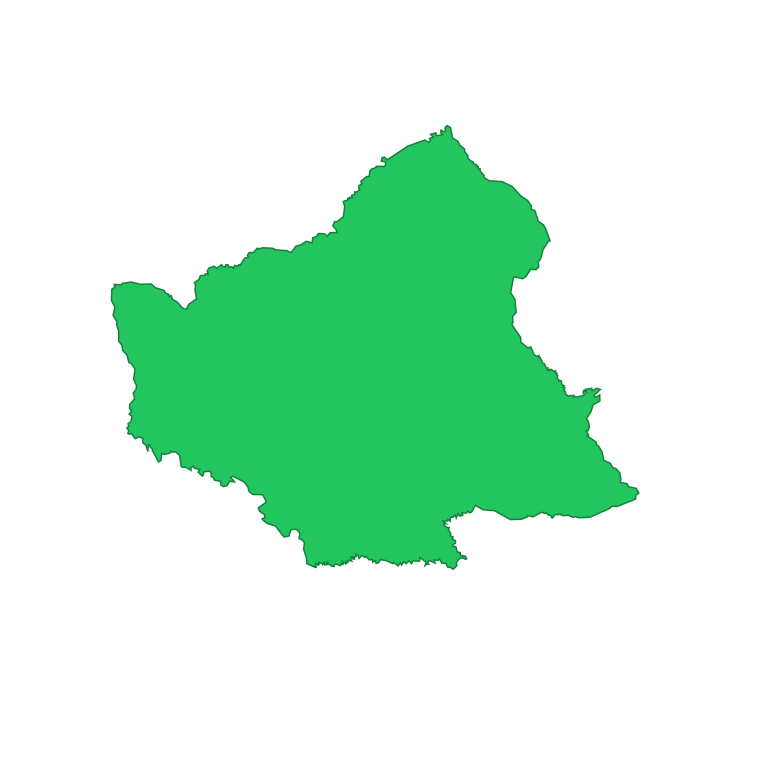 the district of Sumedang, Jawa Barat, Indonesia, rotated 140°
{"feature_id": "22746128B19624873108228", "entity_name": "Sumedang", "entity_type": "district", "adm_level": 2, "iso_a3": "IDN", "parent_name": "Indonesia", "parent_adm1": "Jawa Barat", "projection": "robinson", "projection_center": [107.99, -6.81], "detail": "fine", "context": "isolated", "style": "filled", "palette": "green", "viewbox_px": 768, "rotation_deg": 140, "n_neighbors": 0, "source": "geoboundaries", "source_scale": "gbopen_adm2", "svg_char_len": 6171}
<svg xmlns="http://www.w3.org/2000/svg" viewBox="0 0 768 768"><g transform="rotate(140 384 384)"><path d="M321.5,538.0L321.4,533.1L322.7,530.4L328.3,534.6L332.3,533.6L333.2,537.4L337.4,541.4L340.6,540.4L344.6,541.8L348.4,538.3L351.9,543.4L358.3,544.0L362.8,546.2L370.8,544.4L372.8,548.7L380.4,556.0L382.1,559.6L389.5,566.4L393.5,568.2L393.8,569.5L399.6,568.7L402.7,571.3L405.7,570.6L406.5,568.5L409.9,570.0L417.8,567.5L418.6,568.7L419.9,567.9L422.4,570.9L424.8,569.4L425.3,571.7L427.9,573.4L426.8,575.5L428.7,577.0L430.1,575.6L431.9,577.5L431.7,579.9L438.0,580.1L438.3,583.3L443.3,585.3L446.8,584.2L448.2,581.2L450.1,583.2L451.0,582.3L455.0,585.0L458.4,583.1L464.1,583.6L464.7,580.9L468.3,577.5L472.9,569.7L481.9,570.5L485.4,569.4L486.1,568.0L488.4,569.3L489.6,572.2L489.7,579.7L491.6,584.4L490.3,588.7L492.2,588.8L491.3,591.2L493.1,594.3L492.2,596.7L497.3,604.8L497.9,610.1L506.7,617.2L512.1,624.6L519.5,629.2L522.0,629.0L526.6,633.8L528.0,631.1L531.7,631.5L539.0,623.2L540.8,615.7L547.4,610.7L548.6,603.0L550.4,601.8L553.1,595.3L559.7,587.4L559.8,582.3L562.6,577.6L562.3,571.5L565.6,564.3L564.3,562.1L565.3,555.3L572.8,548.5L574.6,541.8L577.2,539.4L582.0,538.2L584.4,533.0L592.0,531.8L594.6,528.8L594.7,525.5L598.6,524.7L597.9,521.2L602.1,517.8L605.5,518.1L607.1,515.5L609.2,515.6L609.5,512.4L612.0,510.8L611.3,509.1L609.2,508.4L609.8,502.1L605.4,500.8L603.8,497.4L606.5,493.8L605.7,490.3L608.3,484.0L603.8,488.8L602.4,488.1L603.7,486.1L603.1,482.8L604.2,481.8L606.8,469.3L604.1,468.7L599.1,473.6L597.3,471.1L592.4,468.7L590.4,469.7L590.0,467.8L587.4,466.1L586.4,460.9L592.3,451.3L592.0,449.9L589.2,447.3L587.3,441.9L585.7,444.1L583.0,443.6L583.4,441.5L580.0,436.8L583.0,435.9L582.4,430.3L580.5,430.5L578.8,432.6L573.8,429.5L573.4,426.7L575.9,424.4L574.8,421.9L575.8,419.5L571.9,414.8L573.8,411.1L573.1,408.8L569.5,407.0L565.0,408.7L561.3,405.1L561.4,411.0L559.1,410.6L554.1,398.9L554.4,392.9L556.5,387.9L555.4,383.6L548.2,377.3L549.5,370.8L550.9,369.2L559.9,369.9L561.1,366.7L559.5,360.9L561.3,358.0L563.8,359.2L564.3,358.2L563.3,352.7L558.4,344.8L559.0,331.2L554.5,328.6L549.3,332.2L545.6,330.2L544.3,328.0L544.5,323.4L548.5,320.4L546.7,317.0L547.1,313.4L551.8,309.1L555.1,300.8L558.6,295.9L554.3,287.4L553.3,287.3L553.6,288.8L552.2,289.7L550.2,286.8L550.7,288.9L549.6,287.8L548.2,289.9L548.4,288.3L546.7,286.7L547.2,284.9L544.4,285.4L545.7,283.5L543.4,282.2L543.0,283.9L541.4,283.9L542.8,281.8L541.3,280.1L541.4,278.1L539.4,276.3L538.4,277.9L536.1,276.4L534.1,272.9L532.7,273.8L531.5,272.2L530.0,274.9L529.9,272.6L527.6,272.5L528.9,270.9L526.1,270.7L524.8,272.1L522.5,269.1L522.4,271.1L520.9,271.2L520.4,272.9L519.0,271.6L520.2,269.8L519.2,268.8L518.3,270.4L516.2,269.8L515.1,272.1L514.0,269.6L515.1,266.4L511.1,266.9L510.0,263.3L508.3,263.4L508.5,258.8L505.6,257.0L507.0,254.8L504.5,254.5L505.3,251.6L503.0,250.6L499.6,251.7L495.5,246.8L492.7,240.7L491.2,240.9L490.1,235.5L486.3,236.7L487.0,234.1L483.2,235.1L482.5,232.1L478.6,232.4L478.4,228.7L475.6,229.9L470.6,225.5L468.1,227.9L466.2,220.5L469.2,218.6L466.7,218.6L465.5,217.2L465.4,218.9L462.9,219.9L459.9,214.0L458.6,217.0L456.0,214.2L454.0,214.3L454.9,209.4L451.9,206.9L452.9,202.7L451.1,201.1L450.1,197.6L444.9,198.0L443.3,200.9L438.6,201.8L436.1,201.1L434.0,197.0L433.0,197.1L432.3,199.4L435.5,203.9L433.9,205.9L435.9,208.1L433.5,213.2L435.8,215.9L434.2,217.0L431.9,215.9L430.0,217.9L431.4,221.4L429.4,222.4L430.8,225.0L429.0,226.4L428.4,230.8L426.4,232.1L427.9,233.5L428.9,237.0L428.0,238.5L426.2,236.9L427.0,241.0L423.5,238.4L422.1,239.3L421.6,236.4L418.5,239.2L417.0,237.7L413.7,237.9L414.7,235.0L410.6,237.2L411.0,234.3L408.0,232.8L407.1,235.4L404.0,232.3L401.3,232.6L401.4,230.5L399.4,229.6L392.0,232.2L389.0,224.1L380.8,215.9L374.3,198.9L365.9,192.2L359.9,190.1L358.3,190.6L355.4,186.5L345.8,184.6L344.0,181.4L342.3,180.7L342.6,179.0L340.5,175.1L341.6,173.9L341.0,173.0L336.6,174.1L334.5,171.7L333.3,172.2L331.6,168.2L327.1,164.8L324.9,160.4L322.9,159.7L321.0,156.6L316.2,152.7L311.4,149.4L291.4,143.7L288.0,143.8L283.9,140.2L265.2,134.2L262.6,136.8L258.9,136.6L257.9,142.1L262.7,148.0L261.9,151.5L266.3,156.8L263.5,159.1L260.5,164.5L260.8,170.6L262.7,172.8L261.6,177.7L264.7,184.4L260.5,192.1L259.6,198.2L260.3,201.1L258.8,202.8L261.6,213.6L260.1,213.4L259.4,218.2L257.7,217.0L254.4,218.9L251.5,223.9L251.2,227.3L243.2,229.8L237.1,233.6L229.5,232.3L225.8,236.9L230.6,237.8L230.7,240.2L221.7,240.7L223.9,244.0L228.8,245.0L227.6,247.2L233.1,250.3L234.2,247.8L234.7,250.6L236.8,249.8L237.5,246.9L240.1,247.7L245.8,250.8L245.9,253.3L247.4,252.9L247.4,254.7L250.8,256.1L251.2,259.9L249.9,261.7L250.7,262.8L247.9,264.9L248.8,266.4L247.1,266.7L248.1,269.2L246.1,272.7L248.4,273.9L247.3,274.9L247.8,277.0L245.4,279.0L245.9,280.1L244.5,281.2L246.0,282.4L244.1,283.6L245.9,284.7L246.3,287.5L248.0,288.8L248.7,287.7L250.0,289.6L248.1,290.9L249.3,292.0L248.1,296.6L249.0,298.0L247.3,304.0L248.4,304.7L247.0,306.2L249.4,307.3L250.3,309.7L247.7,318.0L250.7,319.3L252.2,328.1L249.4,331.9L247.9,347.2L245.4,348.4L242.3,353.0L236.7,353.9L229.4,364.6L228.2,372.6L216.6,382.2L215.1,382.1L210.1,375.5L205.9,375.1L198.0,377.7L194.1,373.9L190.1,374.2L187.7,378.2L183.6,379.2L175.5,384.9L166.4,387.6L164.7,386.9L160.6,398.5L159.6,403.3L161.2,409.4L157.0,419.9L159.0,423.1L156.6,425.9L156.0,432.4L158.2,439.4L158.9,453.1L163.7,463.4L172.9,472.2L174.6,477.9L173.2,479.6L173.6,484.9L172.1,487.0L173.4,488.1L172.2,489.9L173.1,490.4L172.0,491.8L173.7,495.0L172.8,496.8L174.1,498.7L174.4,503.3L173.0,504.7L172.8,509.9L171.3,512.5L172.4,518.6L171.4,522.4L173.3,528.4L168.2,537.8L169.7,541.5L172.8,540.9L174.2,538.0L176.1,538.8L177.1,541.8L178.9,540.4L178.9,537.4L184.4,540.4L182.8,543.0L187.8,545.3L187.6,541.5L191.5,542.8L191.9,540.5L194.6,540.5L195.8,544.6L213.2,551.0L237.5,553.6L237.8,557.4L239.9,558.7L242.8,556.4L240.2,553.2L242.1,550.6L244.1,550.6L250.0,555.8L251.0,554.9L255.0,556.6L257.8,556.3L262.0,552.6L263.9,554.0L271.4,554.2L272.7,551.4L275.6,552.1L277.3,550.7L277.4,548.8L281.6,548.6L282.8,549.9L284.7,548.1L287.6,549.4L288.6,547.0L290.5,549.2L291.3,548.3L292.5,549.5L293.4,548.3L297.9,550.0L299.9,545.3L307.6,538.3L315.8,538.6L317.5,540.1L321.5,538.0Z" fill="#22c55e" stroke="#15803d" stroke-width="1.5"/></g></svg>